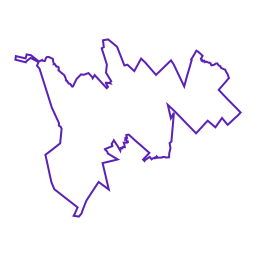 Cerritos, San Luis Potosí, Mexico (Equal Earth projection)
{"feature_id": "50627088B46085416470033", "entity_name": "Cerritos", "entity_type": "district", "adm_level": 2, "iso_a3": "MEX", "parent_name": "Mexico", "parent_adm1": "San Luis Potosí", "projection": "equal_earth", "projection_center": [-100.272, 22.419], "detail": "fine", "context": "isolated", "style": "outline", "palette": "violet", "viewbox_px": 256, "rotation_deg": 0, "n_neighbors": 0, "source": "geoboundaries", "source_scale": "gbopen_adm2", "svg_char_len": 4307}
<svg xmlns="http://www.w3.org/2000/svg" viewBox="0 0 256 256"><path d="M230.6,122.2L231.1,121.7L234.0,118.9L237.7,115.6L240.6,112.5L234.0,105.7L228.4,100.1L218.7,89.9L227.1,80.2L229.0,78.0L228.4,76.6L227.4,73.8L226.4,72.3L225.1,69.7L221.2,68.0L220.8,67.4L220.4,66.2L219.5,66.0L218.2,64.9L217.6,63.8L217.2,63.4L215.7,63.6L214.3,64.7L211.7,65.4L211.1,65.0L210.5,63.2L209.5,62.7L208.5,62.7L207.5,62.1L206.0,61.6L205.0,62.2L204.7,61.7L204.2,60.8L203.1,61.5L203.0,61.4L202.6,60.6L202.1,60.8L202.0,60.5L201.8,59.9L201.4,60.1L200.9,58.8L201.9,57.1L202.6,55.8L201.6,54.9L200.6,53.9L199.0,52.5L198.3,51.8L196.4,50.7L193.9,55.0L191.1,59.7L191.7,60.1L191.3,61.4L190.7,63.4L189.8,66.7L186.9,76.5L184.2,86.4L178.3,74.1L173.7,64.4L171.0,60.4L165.7,65.5L161.8,69.3L156.0,74.9L145.5,62.8L141.1,58.6L134.3,71.1L127.4,64.7L124.4,65.5L123.6,63.4L122.8,61.4L117.1,46.8L112.9,43.3L108.1,39.4L103.0,40.3L103.8,47.1L101.7,48.3L103.8,54.8L106.9,64.7L106.2,70.5L106.0,72.6L111.2,81.2L109.8,82.6L110.4,83.4L106.1,82.6L105.8,83.0L106.5,84.3L108.0,86.9L106.7,88.2L94.7,75.1L92.7,78.3L92.2,77.2L91.9,76.7L88.5,73.1L83.5,74.8L81.0,74.4L76.5,79.1L73.1,86.2L72.9,86.2L72.7,86.3L72.5,86.6L72.4,86.6L72.2,86.6L71.8,86.3L71.7,86.2L71.4,85.7L71.2,85.2L71.1,84.9L70.9,84.8L70.8,84.7L70.6,84.6L70.5,84.4L70.4,84.2L70.2,83.9L69.9,83.7L69.5,83.7L69.0,83.5L68.7,83.5L68.5,83.3L68.4,83.2L68.2,82.9L68.1,82.7L68.0,82.4L67.5,81.9L67.4,81.7L67.3,81.4L67.3,81.2L67.2,81.0L67.1,80.9L66.9,80.8L66.7,80.7L66.3,80.7L66.2,80.7L66.0,80.4L66.1,80.2L66.1,79.9L66.0,79.7L65.9,79.6L65.9,79.3L65.9,79.0L64.4,75.3L60.1,71.7L58.4,70.2L58.5,69.9L58.7,69.6L58.7,69.3L58.7,69.1L58.7,68.8L58.8,68.6L58.8,68.2L58.7,68.0L58.7,67.8L58.6,67.5L58.5,67.3L58.5,67.2L58.4,67.1L58.2,66.9L57.8,66.7L57.6,66.7L57.1,66.7L56.8,66.6L56.7,66.6L56.4,66.5L56.2,66.4L56.2,66.2L56.0,65.8L55.8,65.5L55.3,64.9L54.8,64.4L54.7,64.3L54.7,64.2L54.4,64.2L54.5,64.1L54.5,63.9L54.1,63.7L53.9,63.6L53.5,62.6L53.2,61.5L52.8,58.8L48.8,57.0L47.8,56.9L46.7,57.2L45.9,58.1L45.2,60.3L45.0,60.5L44.7,61.1L41.8,60.5L41.8,60.1L38.9,61.5L30.9,55.2L26.7,54.4L25.6,58.4L15.9,56.1L15.4,59.7L25.8,62.3L26.1,61.5L30.6,57.9L38.5,62.1L37.0,65.8L39.5,68.6L50.5,103.4L51.9,107.9L52.2,108.5L54.0,112.3L57.3,119.5L59.0,123.1L58.8,125.4L58.9,125.6L60.8,126.9L60.9,127.3L61.6,128.7L60.3,142.1L60.1,143.4L51.2,150.4L45.4,154.8L46.1,157.9L47.8,165.6L50.0,176.0L51.5,182.5L53.9,188.1L54.3,189.2L77.6,207.4L74.9,213.5L73.7,215.8L78.9,216.6L81.5,213.5L82.6,210.2L86.4,200.6L88.4,197.5L98.6,182.0L108.8,189.5L102.6,163.1L103.7,162.8L115.1,160.1L117.7,159.4L108.5,153.9L107.9,153.6L107.8,153.3L107.7,153.0L107.5,152.6L107.3,151.8L106.6,151.0L105.2,149.7L104.9,149.1L112.4,146.1L112.4,145.9L112.2,145.5L112.1,145.3L112.0,145.2L112.0,144.9L112.0,144.7L111.9,144.5L111.9,144.4L111.7,144.2L111.7,143.9L112.0,143.3L112.4,142.7L112.7,142.2L112.8,142.0L113.0,141.8L113.3,141.4L113.4,141.1L113.6,140.7L113.8,140.3L117.5,145.9L120.3,150.7L120.7,148.1L122.3,148.3L122.4,147.4L122.9,147.4L123.0,147.0L124.8,147.1L124.4,144.8L123.8,142.7L124.6,142.7L125.7,142.7L126.9,142.7L127.9,142.3L127.8,141.3L127.1,141.2L126.9,141.9L126.7,141.7L126.8,141.5L126.0,138.7L125.3,139.3L125.5,137.0L125.4,136.9L126.9,137.6L126.3,135.2L126.6,135.1L126.6,134.9L128.7,134.6L128.8,134.7L129.7,135.5L130.6,136.3L135.4,140.7L137.9,142.9L138.2,143.1L141.0,145.5L142.6,146.9L143.5,147.8L144.2,148.4L144.4,148.6L144.7,148.9L145.1,149.1L146.8,150.7L147.4,151.1L149.4,152.9L148.3,154.1L147.4,155.0L146.5,156.0L144.7,157.9L143.1,159.6L144.5,161.0L145.0,160.1L146.2,159.3L147.4,158.5L148.5,157.7L149.7,156.9L150.4,157.7L151.6,159.3L152.5,158.6L152.9,158.3L153.4,158.2L153.8,158.2L154.3,158.1L154.5,157.8L154.9,158.1L155.0,158.2L155.4,157.8L156.2,156.8L156.6,156.3L157.1,156.9L156.9,157.2L156.7,157.3L157.0,157.5L157.0,157.8L158.1,157.7L158.8,157.7L162.0,157.5L162.3,157.4L162.5,157.1L162.8,156.9L164.9,157.1L165.2,157.3L165.7,157.5L169.0,157.3L169.3,153.1L170.0,150.0L170.3,149.2L170.4,147.8L170.4,147.5L169.6,143.1L171.4,141.7L171.9,135.9L173.9,112.8L170.9,118.3L167.8,104.8L175.4,112.0L181.8,118.6L187.1,124.1L187.3,124.3L196.1,133.3L197.4,131.9L199.0,130.2L199.9,129.1L200.7,128.3L202.1,126.8L203.5,125.2L204.6,124.0L206.6,121.9L207.7,120.7L215.4,127.3L222.0,118.0L227.6,124.8L228.4,124.2L230.2,122.6L230.6,122.2Z" fill="none" stroke="#5b21b6" stroke-width="2"/></svg>